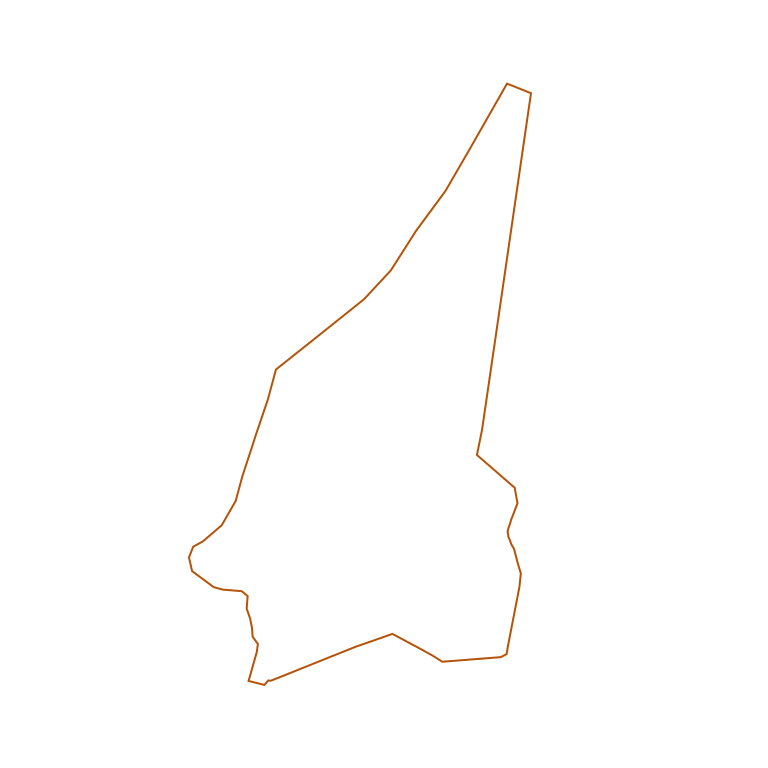 Batha Est, Batha, Chad (orthographic projection), rotated 9°
{"feature_id": "50815135B79604505945545", "entity_name": "Batha Est", "entity_type": "district", "adm_level": 2, "iso_a3": "TCD", "parent_name": "Chad", "parent_adm1": "Batha", "projection": "orthographic", "projection_center": [19.699, 14.229], "detail": "fine", "context": "isolated", "style": "outline", "palette": "amber", "viewbox_px": 768, "rotation_deg": 9, "n_neighbors": 0, "source": "geoboundaries", "source_scale": "gbopen_adm2", "svg_char_len": 1121}
<svg xmlns="http://www.w3.org/2000/svg" viewBox="0 0 768 768"><g transform="rotate(9 384 384)"><path d="M296.7,698.5L312.9,699.9L314.5,697.4L316.1,694.9L317.6,694.8L318.8,694.7L348.1,677.2L396.3,648.4L412.7,639.6L431.4,629.5L431.6,629.6L453.8,637.3L458.0,638.7L474.6,644.7L485.0,649.2L542.1,635.5L547.3,631.6L547.4,624.4L547.4,623.6L549.4,566.1L549.4,565.4L549.5,563.7L548.8,549.7L546.2,544.4L545.9,543.8L544.3,540.4L538.2,526.5L536.6,524.6L534.8,522.3L532.7,518.5L530.8,515.5L530.1,513.3L529.1,509.9L529.5,506.7L530.3,502.3L530.7,499.0L530.8,498.0L531.4,495.6L534.5,481.0L534.5,480.9L534.1,479.7L529.2,465.8L527.7,465.0L521.4,461.1L486.9,439.6L488.0,414.0L486.9,322.3L483.9,90.4L483.7,73.8L458.5,68.1L431.6,139.4L414.5,183.7L391.6,227.9L373.0,270.7L351.0,303.4L309.8,348.6L275.0,386.6L271.7,417.6L265.4,454.3L263.5,466.6L258.5,497.5L255.8,522.7L245.8,548.9L229.8,567.7L221.0,574.6L218.5,585.8L223.7,598.8L233.4,603.9L247.6,611.3L256.9,612.3L267.5,611.5L275.9,610.9L282.5,614.8L283.5,627.3L288.4,636.5L291.6,645.0L293.8,654.2L300.1,660.5L300.3,668.3L296.7,698.5Z" fill="none" stroke="#b45309" stroke-width="2"/></g></svg>